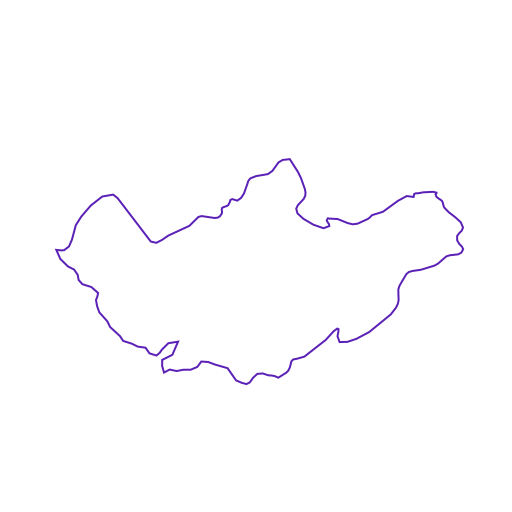 Kakheti, Equal Earth projection, rotated 301°
{"feature_id": "GEO-3033", "entity_name": "Kakheti", "entity_type": "Region", "adm_level": 1, "iso_a3": "GEO", "parent_name": "Georgia", "parent_adm1": "", "projection": "equal_earth", "projection_center": [45.882, 41.802], "detail": "fine", "context": "isolated", "style": "outline", "palette": "violet", "viewbox_px": 512, "rotation_deg": 301, "n_neighbors": 0, "source": "natural_earth", "source_scale": "10m", "svg_char_len": 2446}
<svg xmlns="http://www.w3.org/2000/svg" viewBox="0 0 512 512"><g transform="rotate(301 256 256)"><path d="M158.4,81.7L160.3,85.8L162.1,88.5L167.9,90.8L175.3,89.8L189.5,85.7L199.5,85.9L214.2,88.4L227.8,93.6L235.0,101.9L235.0,102.1L234.4,107.4L214.2,158.4L216.0,163.8L221.3,167.1L228.3,170.3L247.6,183.4L259.8,186.5L262.2,188.8L267.2,200.8L269.1,203.4L271.4,204.6L274.7,204.8L276.0,204.4L278.3,202.6L279.8,202.2L280.9,202.8L283.9,205.3L285.3,206.0L288.5,205.8L290.9,205.2L292.6,206.4L293.8,211.4L298.0,213.3L303.4,213.5L313.7,211.4L313.8,211.4L315.3,210.9L316.8,210.8L318.3,210.9L320.0,211.4L324.6,215.0L332.3,224.0L337.3,226.2L347.8,227.1L352.1,229.4L356.4,235.1L349.7,248.6L345.9,254.5L338.4,263.6L335.8,265.8L333.0,267.2L329.4,267.5L321.1,265.7L317.3,266.1L313.9,269.6L312.3,277.5L312.4,289.2L314.6,299.6L319.4,303.4L320.9,302.2L321.8,300.1L322.9,298.3L325.4,298.2L325.8,299.5L329.7,306.9L330.0,308.5L331.4,317.5L333.0,322.6L336.0,326.4L345.2,332.7L347.3,333.6L350.9,334.5L359.2,342.0L376.3,349.2L385.0,354.3L387.8,360.7L390.5,359.7L391.8,360.5L392.0,360.6L393.2,362.6L396.6,366.4L402.2,374.7L403.3,378.1L402.8,378.4L401.3,378.2L399.8,380.0L399.4,381.8L399.2,385.8L398.9,387.3L397.8,388.8L395.5,391.0L394.5,392.4L392.8,398.6L391.9,406.6L390.4,414.0L389.5,415.4L387.0,418.8L383.6,419.3L380.2,418.4L376.7,418.1L373.0,420.4L371.0,424.1L370.1,427.7L368.5,430.1L364.7,430.3L361.5,428.4L356.5,421.8L353.6,419.3L343.1,415.9L339.4,413.7L329.0,404.3L323.9,398.0L321.1,395.3L317.9,394.2L304.6,394.3L300.7,395.2L296.2,398.0L291.6,401.0L288.1,402.2L283.8,402.6L275.3,401.6L249.1,392.2L240.2,386.8L236.8,384.8L229.5,378.6L225.3,372.0L229.2,367.2L233.3,365.7L235.8,364.4L235.6,363.0L231.5,361.3L220.0,359.0L194.7,349.3L188.9,343.9L186.4,341.1L183.8,340.6L178.0,342.4L174.4,342.7L171.7,342.1L163.2,337.8L162.7,333.9L161.6,330.9L160.1,328.1L158.8,322.3L155.6,317.8L150.1,316.2L144.5,315.8L141.3,313.8L140.0,309.3L139.1,303.0L145.2,289.4L141.9,277.0L140.5,269.6L137.4,263.5L130.7,262.8L124.9,258.6L121.1,252.3L116.5,247.2L114.2,240.5L108.7,237.2L113.4,232.2L118.6,229.1L128.2,235.2L142.4,233.3L136.1,225.8L127.5,223.6L123.3,223.3L119.4,221.9L117.7,214.8L120.5,208.5L117.4,201.2L116.9,194.8L114.8,185.9L117.3,180.6L120.0,167.5L123.4,162.3L127.0,150.7L131.3,145.5L135.9,141.5L139.5,140.9L143.0,139.7L144.6,130.8L142.4,121.7L144.1,116.3L148.0,112.9L150.7,107.1L150.2,100.2L152.7,89.8L158.4,81.7L158.4,81.7Z" fill="none" stroke="#5b21b6" stroke-width="2"/></g></svg>